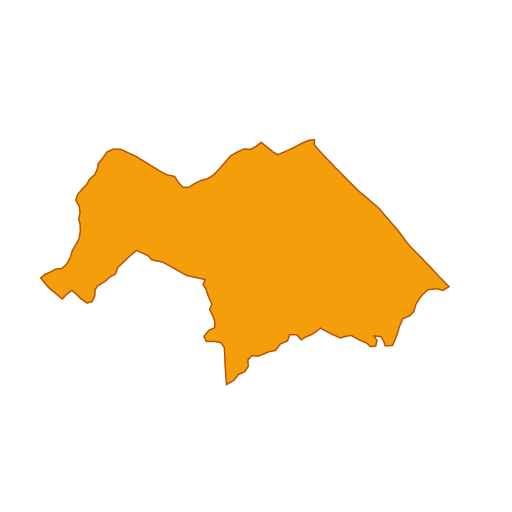 Recife, Pernambuco, Brazil (Mercator projection), rotated 293°
{"feature_id": "56859067B84901972140981", "entity_name": "Recife", "entity_type": "district", "adm_level": 2, "iso_a3": "BRA", "parent_name": "Brazil", "parent_adm1": "Pernambuco", "projection": "mercator", "projection_center": [-34.943, -8.042], "detail": "fine", "context": "isolated", "style": "filled", "palette": "amber", "viewbox_px": 512, "rotation_deg": 293, "n_neighbors": 0, "source": "geoboundaries", "source_scale": "gbopen_adm2", "svg_char_len": 2264}
<svg xmlns="http://www.w3.org/2000/svg" viewBox="0 0 512 512"><g transform="rotate(293 256 256)"><path d="M157.9,243.6L161.0,250.9L162.6,257.5L159.4,262.5L155.0,264.8L150.0,267.2L142.8,270.5L126.1,279.1L133.4,284.4L140.0,286.1L145.1,290.9L151.6,292.0L157.1,289.1L162.6,291.2L164.7,297.2L168.9,301.4L173.2,305.7L176.7,310.8L184.5,312.8L190.2,318.2L196.7,317.8L199.5,324.4L196.4,330.3L200.5,333.0L204.8,337.3L209.1,340.5L214.8,343.5L214.1,350.3L213.6,358.5L213.6,365.9L217.3,370.3L220.1,374.6L219.1,384.0L219.1,391.9L217.3,396.7L219.9,401.4L225.6,400.3L228.7,395.8L230.5,402.6L227.6,406.8L223.7,410.0L226.9,416.6L233.2,416.7L238.0,416.6L247.2,415.6L255.8,415.6L260.8,420.8L266.4,422.9L273.7,422.1L278.6,422.7L285.2,424.3L292.0,427.4L296.4,435.0L297.4,441.6L303.2,445.6L306.0,438.9L308.6,432.4L310.9,427.4L314.3,420.1L316.7,414.0L318.7,409.7L321.3,403.3L324.3,395.8L328.1,388.2L332.6,380.8L336.1,374.8L338.3,369.8L340.6,365.3L344.0,358.3L347.2,352.1L349.0,347.4L350.5,342.2L352.4,336.7L354.2,330.9L356.0,324.9L358.4,319.0L360.9,312.7L365.6,301.5L368.3,294.5L370.8,289.0L374.5,280.2L378.8,270.7L381.3,266.0L385.9,264.4L383.1,259.4L377.6,254.1L368.3,246.5L357.8,236.6L358.4,231.2L360.2,225.0L362.7,216.3L356.8,213.1L351.9,209.2L350.0,203.4L344.6,198.3L338.6,193.6L328.9,190.5L321.6,188.1L314.0,185.2L307.8,180.8L304.4,176.2L298.2,170.8L293.0,167.3L290.7,161.9L293.0,156.6L297.4,150.0L295.9,141.8L296.6,134.5L299.7,114.0L300.8,106.6L301.3,89.8L298.9,83.2L293.7,78.3L285.4,76.5L279.4,74.6L274.5,75.9L267.8,75.8L261.7,72.8L256.0,72.3L249.7,69.8L242.8,67.8L237.0,68.3L232.6,74.0L226.4,77.4L220.9,78.2L216.9,81.4L210.3,84.6L202.6,86.4L195.6,85.6L188.8,84.8L182.7,85.6L175.3,85.1L168.4,82.0L165.7,76.7L160.5,72.7L156.6,68.8L151.6,66.4L145.9,77.4L140.7,94.5L145.9,96.3L152.4,99.8L150.3,106.7L148.3,111.1L146.6,118.8L150.0,122.9L156.1,123.2L162.1,121.1L167.0,122.1L173.5,126.9L179.2,129.5L184.7,133.7L191.5,133.2L197.2,135.8L206.1,139.6L214.4,143.8L214.3,151.6L214.1,156.6L211.8,161.3L212.6,166.0L213.9,172.1L213.1,181.2L212.0,190.2L211.0,200.2L212.0,205.5L213.4,212.6L214.4,218.4L208.9,218.4L206.3,222.5L200.3,227.9L194.5,234.1L188.6,234.2L184.2,239.6L179.4,243.8L174.0,246.0L168.9,241.5L161.6,239.6L157.9,243.6Z" fill="#f59e0b" stroke="#b45309" stroke-width="1.5"/></g></svg>